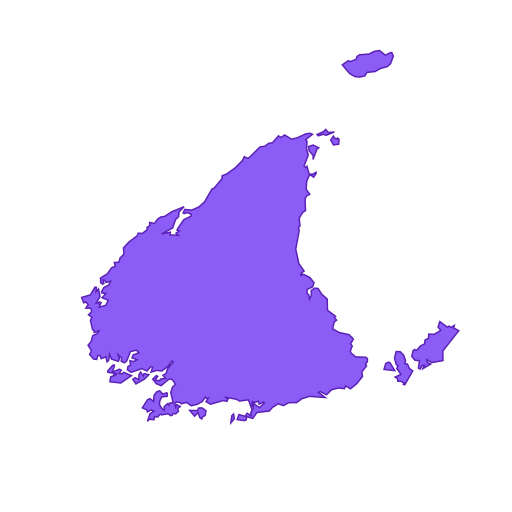 Tasmania, Equal Earth projection, rotated 74°
{"feature_id": "AUS-2660", "entity_name": "Tasmania", "entity_type": "State", "adm_level": 1, "iso_a3": "AUS", "parent_name": "Australia", "parent_adm1": "", "projection": "equal_earth", "projection_center": [146.795, -41.606], "detail": "fine", "context": "isolated", "style": "filled", "palette": "violet", "viewbox_px": 512, "rotation_deg": 74, "n_neighbors": 0, "source": "natural_earth", "source_scale": "10m", "svg_char_len": 6148}
<svg xmlns="http://www.w3.org/2000/svg" viewBox="0 0 512 512"><g transform="rotate(74 256 256)"><path d="M385.0,405.9L378.4,401.3L377.0,396.9L375.1,399.2L375.9,403.4L373.8,403.3L370.6,407.1L364.2,399.8L363.9,397.2L367.6,394.6L361.8,392.4L359.2,388.9L359.0,385.7L363.1,383.6L362.8,379.5L363.8,379.2L366.4,380.1L365.5,385.4L368.7,388.4L372.4,389.8L377.3,388.1L378.9,386.7L375.4,385.7L373.6,381.7L375.5,381.0L373.6,379.9L374.1,376.1L363.6,375.5L358.9,372.3L357.1,368.7L352.8,370.1L350.7,371.7L350.6,374.3L354.5,382.9L351.1,387.2L345.9,389.2L343.5,384.8L344.6,383.6L347.1,386.7L348.2,386.0L349.2,383.0L348.0,381.7L348.8,376.7L345.0,378.3L344.1,374.8L340.2,372.3L335.3,364.8L333.7,365.9L337.8,371.1L340.6,378.2L338.6,383.0L338.7,388.9L334.5,386.0L333.3,387.5L336.5,392.5L332.8,396.7L333.4,408.1L330.0,411.0L326.9,409.5L326.5,406.8L321.9,406.0L323.7,402.9L322.9,399.0L319.7,403.3L317.2,401.3L316.8,395.2L313.6,396.9L313.2,403.0L321.2,409.2L322.4,412.1L320.0,414.6L316.9,413.3L312.9,415.8L317.0,415.6L319.3,417.3L315.3,423.3L310.1,423.9L315.6,426.3L316.7,428.3L311.6,428.2L312.0,433.2L308.7,433.2L308.1,435.5L311.5,437.6L310.4,440.4L304.8,443.1L301.8,440.3L295.4,442.0L292.9,438.2L287.7,435.0L286.5,429.8L284.6,427.5L284.8,432.6L283.4,432.0L281.7,433.4L272.3,432.9L269.6,430.7L266.3,433.2L264.4,429.6L262.6,428.9L260.6,429.6L259.2,433.9L256.5,430.8L253.5,432.0L253.5,434.5L247.8,435.0L247.7,425.9L241.5,419.3L242.1,418.1L246.3,419.6L244.3,416.5L252.0,417.1L257.3,422.7L257.2,418.9L258.7,419.6L258.5,418.1L262.0,420.9L262.0,414.0L257.7,410.2L253.7,415.5L250.7,410.6L249.0,414.5L247.8,414.4L244.3,410.7L243.4,405.6L240.2,402.8L240.1,407.4L237.5,408.1L236.9,409.8L240.3,409.7L240.8,411.2L238.9,412.7L234.3,411.5L232.2,403.9L227.5,398.0L227.1,394.1L223.2,394.0L224.2,389.5L220.4,387.2L217.8,382.4L211.7,381.2L207.5,374.3L203.9,364.8L201.6,362.9L203.0,359.0L200.6,353.2L198.6,353.0L197.3,349.6L194.4,349.0L196.7,344.8L193.1,339.8L192.2,336.2L192.8,333.0L190.2,324.6L188.8,311.6L192.5,317.9L196.9,319.6L198.8,323.3L206.1,328.4L208.8,340.6L209.5,331.7L212.1,332.8L214.7,325.0L212.1,326.7L210.9,322.9L209.4,324.8L208.1,323.7L201.2,315.4L199.7,307.2L198.2,306.8L195.3,309.9L195.4,313.5L194.5,314.2L191.6,311.6L194.2,305.0L193.1,297.5L189.8,290.6L179.5,279.9L179.2,277.5L172.3,267.4L169.5,266.4L169.1,261.7L165.6,251.8L160.5,242.8L157.3,239.8L159.5,237.7L159.5,235.3L152.3,222.2L152.9,217.1L151.2,212.7L151.7,209.0L146.7,201.3L149.0,199.2L147.5,195.1L153.5,189.7L153.8,184.0L152.3,174.2L153.0,170.1L154.6,168.2L157.8,176.2L159.8,175.3L166.9,177.9L173.3,177.9L182.8,185.0L184.7,183.8L183.8,182.3L192.1,182.3L193.0,178.7L192.0,175.3L193.4,175.6L196.1,178.9L193.5,180.7L193.5,182.8L197.9,186.6L205.8,189.4L211.5,187.3L212.2,190.9L214.9,193.2L226.0,195.9L227.1,199.3L231.7,204.1L239.2,205.4L239.9,207.0L243.7,207.6L260.3,215.9L275.1,216.9L283.7,213.9L284.9,217.1L286.5,218.2L287.5,217.8L286.3,216.5L286.9,215.2L291.4,210.2L297.7,207.6L301.3,210.1L302.2,216.1L305.9,217.2L308.0,215.9L312.2,216.5L309.2,213.7L304.3,212.3L303.0,208.6L304.3,205.3L311.0,203.3L317.0,199.4L327.8,202.2L335.9,196.2L336.6,197.6L339.9,196.2L341.0,199.0L347.1,202.4L352.5,197.1L357.2,188.3L361.7,185.7L363.0,185.5L366.4,189.3L369.0,188.3L373.6,191.7L375.7,191.3L380.5,187.9L383.5,178.5L385.3,177.2L388.5,178.1L389.5,180.3L392.2,180.1L396.6,186.3L401.2,186.8L406.6,194.5L409.7,201.8L405.5,205.7L407.9,207.6L405.6,213.1L405.4,220.3L408.8,226.4L404.0,231.7L404.3,233.6L411.1,228.5L405.7,243.2L405.8,251.1L408.1,257.5L406.0,265.2L407.4,270.8L404.2,275.4L406.1,282.0L408.7,286.0L406.7,298.3L411.2,303.8L407.8,309.3L410.9,310.6L411.1,312.4L408.1,319.2L403.7,316.1L407.1,310.7L404.7,307.9L408.1,304.6L404.9,304.1L401.6,300.6L397.1,299.1L402.7,294.4L399.6,288.4L398.5,288.9L399.3,293.8L396.1,293.6L396.6,297.9L394.9,299.4L400.9,302.3L392.2,302.9L390.9,311.8L388.4,314.2L383.0,324.8L385.9,322.3L387.7,324.1L385.9,327.3L385.9,340.7L382.2,344.2L379.5,341.0L379.2,342.9L377.7,343.6L381.0,347.7L382.4,353.3L382.1,359.5L377.6,363.2L377.5,368.6L376.0,369.2L374.4,372.8L375.4,374.8L379.3,374.8L377.0,373.3L379.8,370.3L381.0,373.4L383.9,373.3L385.6,376.7L384.6,379.2L386.0,380.5L385.9,382.2L383.4,383.9L382.7,390.5L381.6,391.6L383.6,394.7L382.6,397.8L385.3,399.3L383.5,403.4L385.0,405.9ZM387.8,122.7L387.0,118.2L383.4,116.7L382.7,112.9L378.7,111.5L380.4,106.4L378.4,98.8L374.6,100.6L369.7,97.4L377.2,91.6L376.6,89.7L378.5,88.4L377.4,84.6L379.5,85.9L383.7,81.7L398.8,102.6L408.1,105.1L406.9,116.3L402.7,120.4L405.8,120.5L408.0,117.9L410.3,126.6L407.5,124.3L407.1,126.3L409.9,129.4L408.5,130.8L401.9,127.7L399.9,132.0L395.5,133.9L390.3,131.1L389.6,129.4L390.9,127.5L387.8,122.7ZM110.1,98.7L112.9,101.8L112.6,106.9L110.8,111.5L106.4,115.7L96.0,120.4L93.7,113.4L95.1,111.9L94.6,105.7L92.1,103.9L91.1,101.1L93.0,91.8L91.9,85.9L92.5,80.7L98.6,76.3L97.5,70.1L98.3,69.3L101.7,68.9L108.3,73.7L110.1,77.4L110.1,84.9L111.5,90.7L110.1,98.7ZM409.6,137.0L420.9,148.5L419.8,149.7L419.0,148.5L416.5,151.1L415.5,154.2L412.9,153.8L410.7,155.6L409.8,149.3L402.9,151.7L400.5,149.8L399.1,151.1L392.4,151.0L386.5,147.6L387.6,143.9L391.9,141.4L398.0,141.1L400.4,142.7L401.6,140.2L406.5,139.5L409.6,137.0ZM336.7,408.7L340.8,421.0L336.6,431.1L332.0,428.9L331.9,425.8L330.5,425.1L332.0,423.9L330.5,422.6L327.1,430.4L325.8,430.4L321.5,423.9L321.8,422.2L323.1,422.6L327.9,426.1L327.2,418.4L328.7,417.0L331.2,419.9L332.3,417.3L331.4,415.1L336.7,408.7ZM395.3,348.9L395.8,351.6L397.7,353.0L395.8,354.6L390.5,354.7L393.0,359.2L386.1,362.3L388.5,354.8L386.3,353.3L387.1,349.8L391.0,346.7L395.3,348.9ZM343.5,396.9L345.9,406.7L340.6,408.4L339.7,405.7L342.5,402.8L337.7,401.1L335.8,398.9L340.2,397.6L338.2,395.9L340.6,391.8L343.5,396.9ZM170.4,168.2L178.9,174.6L175.4,173.3L169.2,176.0L165.3,175.3L165.1,170.5L169.3,165.9L170.4,168.2ZM394.6,157.5L395.9,156.5L404.4,154.2L400.3,164.2L395.1,160.9L394.6,157.5ZM170.6,150.9L165.2,152.2L162.1,148.5L164.6,147.9L165.9,145.7L165.1,145.1L166.8,144.0L171.3,145.7L170.6,150.9ZM158.4,146.4L159.3,155.4L157.6,157.5L157.6,163.1L156.0,163.8L155.0,156.5L153.5,154.2L157.3,152.4L158.4,146.4ZM406.5,321.7L409.4,326.1L403.0,323.4L401.7,321.1L406.5,321.7Z" fill="#8b5cf6" stroke="#5b21b6" stroke-width="1.5"/></g></svg>